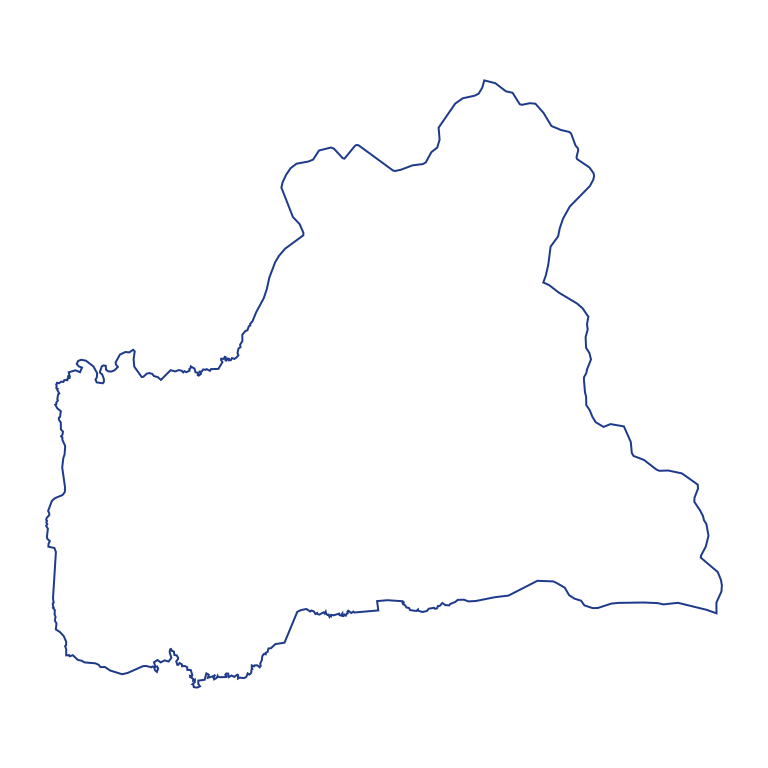 outline of Phu Sang, Phayao, Thailand
{"feature_id": "78962969B43087545511477", "entity_name": "Phu Sang", "entity_type": "district", "adm_level": 2, "iso_a3": "THA", "parent_name": "Thailand", "parent_adm1": "Phayao", "projection": "robinson", "projection_center": [100.319, 19.641], "detail": "fine", "context": "isolated", "style": "outline", "palette": "blue", "viewbox_px": 768, "rotation_deg": 0, "n_neighbors": 0, "source": "geoboundaries", "source_scale": "gbopen_adm2", "svg_char_len": 6017}
<svg xmlns="http://www.w3.org/2000/svg" viewBox="0 0 768 768"><path d="M716.5,613.3L716.4,602.6L721.4,591.6L721.9,585.5L721.0,580.1L717.8,572.1L700.7,557.6L701.2,555.2L705.7,546.8L708.5,535.8L706.4,524.0L704.0,520.3L703.0,516.1L700.3,510.8L694.3,501.8L694.5,497.7L698.0,488.7L697.7,484.6L681.9,473.4L668.2,470.5L659.3,470.8L656.3,469.5L643.9,459.9L633.6,456.0L631.8,453.0L630.8,442.0L623.9,426.4L610.5,424.1L603.5,426.9L595.7,422.2L592.4,416.8L589.7,410.1L586.3,405.2L586.1,396.7L585.0,392.3L583.9,379.4L584.0,377.3L586.4,372.9L586.9,369.8L591.0,359.4L589.4,353.0L586.1,347.8L585.6,337.1L587.7,329.5L587.0,324.0L588.4,316.8L582.5,308.2L577.0,303.5L558.8,292.6L549.0,285.0L543.3,282.5L545.8,275.5L548.3,264.6L550.6,246.6L558.1,236.4L559.8,228.1L563.1,218.5L569.8,206.5L589.9,186.0L593.3,179.6L594.1,176.0L593.6,173.3L589.5,167.5L577.1,159.1L576.5,157.3L578.2,150.3L577.9,148.3L575.5,145.5L571.1,133.5L569.4,132.0L561.0,130.0L551.4,126.0L543.6,113.0L535.4,103.7L529.9,103.2L522.0,104.8L519.7,104.2L512.6,92.8L505.9,91.3L495.3,83.2L484.3,80.4L482.2,87.8L478.6,93.7L474.6,95.7L462.7,98.3L455.2,103.6L438.6,127.7L439.6,139.7L437.2,147.6L431.4,152.1L425.8,162.4L422.8,164.1L412.7,165.3L400.7,169.8L395.0,171.0L393.0,170.5L358.7,145.4L356.8,144.9L355.1,145.7L344.5,158.6L342.7,158.2L334.0,148.7L331.0,147.5L319.0,150.5L313.1,159.6L308.4,161.5L296.5,163.7L290.5,168.3L286.0,175.0L282.6,182.3L281.4,187.6L292.9,217.0L299.7,224.2L303.4,232.8L303.3,235.3L285.1,248.7L279.1,255.7L275.2,262.1L269.3,277.7L266.8,289.1L263.7,298.3L256.2,312.2L252.5,321.2L250.1,324.0L250.3,325.4L248.8,326.3L247.4,330.3L245.5,330.9L242.3,334.7L242.4,341.0L240.1,344.7L240.5,347.2L238.5,348.5L237.5,352.9L238.4,355.4L236.2,357.7L234.4,358.9L231.9,358.1L230.8,360.2L228.7,360.3L228.9,358.8L227.7,358.5L226.0,360.6L225.4,360.0L225.7,357.2L224.9,356.8L223.5,358.9L221.2,358.7L221.0,360.0L222.5,362.1L218.4,368.9L211.0,369.1L210.0,370.8L206.5,369.1L205.4,369.9L203.2,369.4L201.6,371.7L200.0,371.6L201.0,373.9L198.7,375.6L197.7,375.1L198.4,372.8L195.5,372.3L194.5,368.6L190.8,366.4L190.4,368.4L189.4,368.9L189.5,370.7L186.3,372.2L184.4,371.2L183.2,372.4L181.7,370.7L178.9,370.1L175.2,371.4L170.6,370.2L160.9,379.9L157.9,377.2L153.8,376.0L152.3,373.9L149.3,373.1L146.9,373.6L143.3,376.8L141.7,377.0L134.3,366.7L133.6,359.3L134.7,351.3L133.1,349.8L129.3,352.4L125.4,352.0L120.0,354.5L115.6,362.4L116.0,364.6L117.9,366.9L114.4,370.4L111.1,371.6L108.1,371.3L106.0,369.6L105.8,365.9L103.7,365.4L101.8,366.3L100.0,371.6L100.2,372.9L102.2,374.4L103.9,379.2L103.9,381.9L102.8,383.3L96.7,382.4L95.5,379.5L96.8,377.5L97.2,373.3L93.4,366.4L85.8,360.6L81.2,359.8L78.2,360.9L76.7,363.9L78.7,366.3L82.0,367.6L80.0,372.2L75.5,370.3L68.7,372.3L69.7,376.2L68.3,376.0L68.0,377.0L69.3,378.0L67.3,379.0L67.3,380.2L64.3,380.1L63.4,381.9L61.3,381.6L59.1,383.2L57.0,382.8L56.2,384.6L56.7,385.1L56.3,388.1L57.7,388.8L57.2,389.8L59.3,393.5L58.2,394.2L57.3,399.0L57.9,400.4L56.4,402.3L56.4,403.9L55.2,404.7L57.4,408.4L60.8,411.2L60.1,416.8L58.9,417.7L58.8,419.5L60.8,422.6L60.9,429.4L63.0,431.7L62.4,434.8L61.1,436.3L62.4,437.5L62.4,439.9L65.2,446.1L64.6,454.3L63.3,458.2L62.2,467.5L65.1,487.8L64.8,492.0L62.6,495.0L55.1,498.1L51.9,500.8L48.1,511.0L49.2,512.9L49.3,515.1L46.7,517.9L46.2,519.8L47.0,520.8L46.3,522.5L47.3,524.1L46.1,525.8L47.9,528.7L46.9,536.8L47.4,538.9L49.8,541.1L48.5,543.8L48.4,546.7L54.4,548.0L55.9,552.0L53.0,598.5L53.7,602.7L52.8,603.4L52.9,605.5L53.6,607.4L53.0,607.9L54.8,610.0L54.6,614.5L55.5,616.6L54.9,620.7L56.5,623.5L55.8,629.4L60.0,632.1L63.8,636.2L66.2,641.9L66.1,645.2L65.1,646.1L66.2,649.2L66.2,655.4L69.2,655.1L69.6,656.3L72.8,655.2L77.8,659.9L81.9,660.8L84.5,662.4L95.3,663.3L98.7,664.8L100.4,667.1L104.9,667.0L110.1,670.5L122.1,674.2L127.5,673.0L142.9,666.2L145.8,665.9L151.5,667.3L152.3,666.5L154.1,667.0L155.0,670.1L156.9,671.9L158.2,668.6L157.1,666.5L155.4,666.9L154.0,662.3L157.5,660.0L160.7,662.4L164.6,660.4L168.6,661.5L171.4,657.8L169.6,652.1L170.1,649.4L171.0,649.0L171.9,650.9L173.9,651.6L174.4,655.0L176.7,655.4L178.1,657.7L178.1,658.9L176.2,661.4L177.3,664.8L178.3,664.8L179.6,663.0L181.9,664.4L182.1,666.3L184.6,665.9L187.2,667.3L187.3,669.9L190.7,670.0L192.3,675.0L191.8,676.2L190.0,675.8L190.1,677.0L193.2,678.8L193.1,680.6L194.9,679.7L194.8,682.1L192.3,684.3L193.4,684.9L193.8,687.1L197.0,687.6L200.0,686.3L198.3,683.8L198.3,680.6L204.6,679.8L206.4,673.4L208.8,674.7L207.9,677.8L214.1,675.9L215.2,674.6L213.4,677.8L214.1,679.4L216.8,677.8L217.6,675.8L218.1,676.8L220.3,677.2L226.4,677.0L226.5,676.0L225.3,674.8L226.2,673.5L228.2,673.6L228.8,677.1L231.6,675.5L234.2,676.9L237.3,674.6L238.1,675.1L238.0,678.5L239.4,677.6L243.8,678.1L246.2,677.1L247.7,673.4L249.3,674.6L251.1,673.0L251.5,669.7L252.4,669.0L251.7,667.9L251.8,665.4L254.0,666.4L254.7,665.3L257.3,665.3L259.7,667.3L260.7,665.8L260.2,663.8L261.8,660.2L262.3,656.1L263.7,654.1L265.7,654.3L265.6,652.8L267.6,651.9L268.4,648.5L271.0,648.2L275.3,644.1L284.5,642.7L297.3,611.8L300.9,610.1L306.4,609.0L310.2,611.5L311.3,610.5L313.8,611.4L315.4,614.0L317.1,613.0L317.3,614.0L319.4,614.6L323.6,612.3L324.7,613.6L325.7,611.7L326.2,613.8L327.5,615.0L328.6,614.6L329.5,616.9L330.5,615.5L331.1,616.0L331.2,614.9L333.7,615.3L339.2,613.6L339.5,615.1L341.0,615.5L342.4,613.4L342.6,616.0L343.5,616.1L344.4,614.6L345.8,615.6L346.6,613.8L347.7,613.3L347.4,611.6L348.2,610.7L351.3,613.0L353.4,611.6L354.3,612.5L378.3,610.4L377.1,601.1L387.5,600.2L402.1,601.2L402.5,602.5L403.0,601.6L403.8,602.3L403.4,604.4L405.1,605.3L406.5,607.5L409.0,608.0L410.1,610.1L416.4,611.0L418.0,609.5L418.2,610.7L422.3,612.0L426.8,611.0L428.8,608.7L434.0,607.8L435.0,608.8L437.1,608.3L437.9,606.1L439.9,605.8L442.3,603.0L445.4,605.1L449.2,605.4L450.2,604.0L455.2,602.0L457.7,599.9L463.9,599.7L468.5,601.4L475.8,601.0L494.9,597.2L508.4,595.6L537.4,580.8L553.3,581.4L556.1,582.7L564.8,587.7L569.1,595.2L574.6,598.7L581.1,600.7L584.4,605.4L592.6,608.1L597.8,608.0L611.3,603.6L618.3,602.9L643.6,602.5L657.6,603.1L663.5,604.4L677.9,602.8L706.5,609.8L716.5,613.3Z" fill="none" stroke="#1e3a8a" stroke-width="2"/></svg>